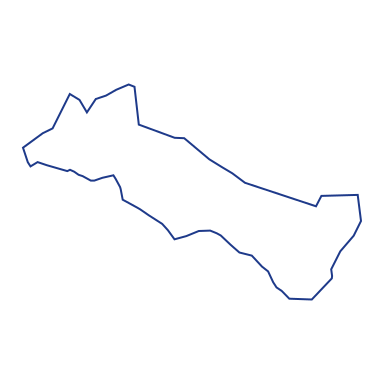 outline of Ede North, Osun, Nigeria
{"feature_id": "59680162B47259322211203", "entity_name": "Ede North", "entity_type": "district", "adm_level": 2, "iso_a3": "NGA", "parent_name": "Nigeria", "parent_adm1": "Osun", "projection": "mercator", "projection_center": [4.479, 7.716], "detail": "fine", "context": "isolated", "style": "outline", "palette": "blue", "viewbox_px": 384, "rotation_deg": 0, "n_neighbors": 0, "source": "geoboundaries", "source_scale": "gbopen_adm2", "svg_char_len": 918}
<svg xmlns="http://www.w3.org/2000/svg" viewBox="0 0 384 384"><path d="M289.3,298.7L311.8,299.5L331.8,278.4L332.1,276.0L331.2,269.3L340.3,251.3L353.7,235.7L361.0,221.0L357.7,194.9L321.4,195.9L316.0,206.3L282.5,195.2L245.0,182.8L232.3,173.3L222.4,167.4L209.3,159.3L184.2,138.2L174.7,137.8L138.8,124.6L134.5,86.8L128.7,84.5L116.2,89.8L106.0,95.6L95.8,99.0L86.9,112.4L79.5,99.9L69.8,94.0L52.6,128.4L42.8,133.2L23.0,147.7L27.8,162.2L30.5,166.4L37.6,162.1L46.8,165.2L67.3,171.1L70.0,169.8L74.2,171.7L78.6,174.8L82.6,176.1L90.8,180.6L94.3,180.6L102.4,177.8L113.4,175.3L115.6,178.8L120.1,187.1L120.7,189.2L122.7,199.7L137.0,207.5L140.1,209.3L148.8,215.3L162.2,223.9L167.9,230.2L174.5,239.3L186.3,236.1L198.8,231.0L210.2,230.6L216.8,233.3L220.8,235.5L230.2,244.4L233.8,247.6L239.4,252.5L251.8,255.6L262.0,266.6L268.1,271.4L273.2,282.3L276.5,287.4L281.8,291.0L289.3,298.7Z" fill="none" stroke="#1e3a8a" stroke-width="2"/></svg>